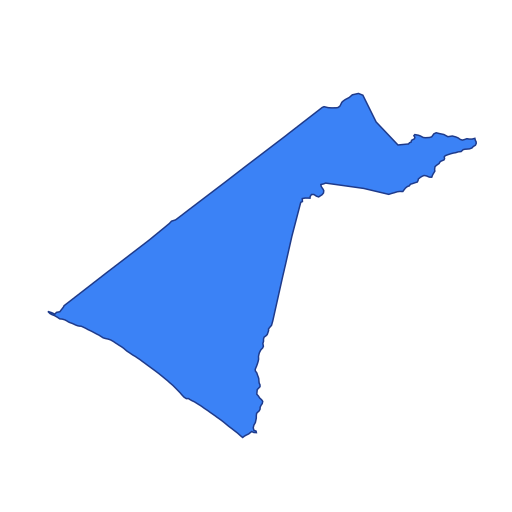 Mucuri, Bahia, Brazil, rotated 102°
{"feature_id": "56859067B76032182131071", "entity_name": "Mucuri", "entity_type": "district", "adm_level": 2, "iso_a3": "BRA", "parent_name": "Brazil", "parent_adm1": "Bahia", "projection": "equal_earth", "projection_center": [-39.837, -18.037], "detail": "fine", "context": "isolated", "style": "filled", "palette": "blue", "viewbox_px": 512, "rotation_deg": 102, "n_neighbors": 0, "source": "geoboundaries", "source_scale": "gbopen_adm2", "svg_char_len": 3840}
<svg xmlns="http://www.w3.org/2000/svg" viewBox="0 0 512 512"><g transform="rotate(102 256 256)"><path d="M95.4,66.4L96.7,68.9L97.3,71.8L97.4,74.1L98.8,76.4L99.7,78.2L99.5,80.5L98.5,82.7L98.0,85.2L97.8,88.9L99.4,93.1L98.1,97.5L98.1,102.2L98.0,105.4L99.5,107.4L102.9,108.9L104.0,110.9L105.1,114.9L105.3,117.1L104.4,120.2L104.1,122.3L104.2,125.9L105.5,126.6L106.8,125.3L108.4,125.4L110.5,127.9L112.4,128.0L113.3,129.4L114.7,130.1L116.8,136.8L117.9,140.2L99.9,166.4L76.5,184.9L75.7,189.6L78.3,195.3L81.5,197.7L84.5,201.3L86.5,203.1L87.8,204.0L91.8,205.0L93.7,206.6L94.4,208.4L95.4,212.9L95.9,216.2L95.8,220.5L96.9,222.1L130.0,250.1L131.5,251.3L132.8,252.4L167.2,282.0L170.8,285.1L190.0,301.4L224.1,330.8L235.7,340.7L237.4,342.2L239.5,345.9L242.2,347.5L262.6,363.8L279.8,378.5L303.2,398.5L344.5,433.4L345.9,433.7L351.3,436.3L352.6,439.4L354.7,440.7L353.9,444.1L353.5,448.0L355.1,445.6L355.8,443.3L356.2,440.7L357.3,437.3L358.3,434.9L358.0,432.4L358.2,429.7L358.8,427.6L359.5,425.7L359.9,423.8L360.1,422.0L360.5,420.1L361.0,418.1L361.3,416.0L361.3,414.2L361.0,412.4L361.5,410.1L362.1,407.6L362.9,405.1L363.4,402.9L363.9,400.8L364.7,398.1L365.5,395.4L366.0,393.3L366.9,390.9L367.8,388.6L368.0,386.3L368.0,383.4L368.3,380.8L369.3,377.6L370.4,375.0L371.0,373.3L371.7,371.6L372.6,369.0L373.7,366.4L375.0,364.1L375.9,362.4L376.8,360.0L377.8,357.6L378.6,355.6L379.3,353.3L380.5,350.4L381.5,347.8L382.4,346.0L383.2,344.2L383.9,342.6L384.7,340.9L385.6,338.9L386.4,337.1L387.4,334.9L388.3,332.9L389.1,331.1L390.1,329.0L391.2,326.6L392.4,324.3L393.2,322.7L394.3,320.6L395.3,318.7L396.3,316.7L397.8,314.2L398.9,312.1L399.9,310.3L402.6,306.2L404.2,303.8L405.7,301.6L406.9,300.1L407.9,298.7L409.0,297.1L410.0,294.5L409.5,292.4L410.2,290.6L410.9,288.3L411.4,286.0L412.4,283.3L413.1,281.4L413.7,279.6L414.5,277.6L415.7,275.0L416.6,272.7L417.3,270.9L418.5,268.3L419.4,266.1L420.1,264.5L420.8,262.8L421.8,260.7L422.7,258.5L424.0,255.6L425.1,253.3L426.1,251.4L427.0,249.7L428.1,247.6L429.1,245.5L430.1,243.3L431.1,241.3L432.0,239.4L433.0,237.3L434.1,235.4L435.3,233.3L436.3,231.3L434.6,229.9L433.2,228.3L431.5,226.1L430.0,224.9L428.6,223.7L429.1,221.4L428.7,218.9L427.3,219.5L426.9,221.8L424.6,223.0L421.8,222.9L420.3,222.4L419.0,222.0L417.1,222.0L414.5,222.0L412.1,222.5L409.8,222.7L408.2,221.7L406.8,220.7L405.0,220.2L403.0,220.5L400.9,220.0L399.1,219.2L396.8,219.2L395.4,220.7L394.2,222.8L392.4,224.6L391.0,226.5L388.5,226.8L386.4,227.0L385.1,226.2L383.0,224.9L381.2,225.3L379.6,226.5L377.8,227.1L375.4,227.8L374.1,228.5L372.6,229.5L370.2,230.9L368.6,232.7L367.1,233.2L365.3,232.9L363.9,232.6L361.0,232.2L358.5,232.0L356.4,232.0L353.7,232.7L351.7,232.7L350.1,232.6L348.7,232.3L346.7,231.7L344.6,230.4L342.8,230.0L340.1,231.1L337.9,230.9L335.6,231.4L333.7,231.2L331.8,229.5L330.5,228.7L328.3,228.4L326.3,228.2L324.8,228.6L322.9,227.7L320.6,226.4L315.9,226.1L276.6,225.7L268.4,225.6L264.5,225.5L262.4,225.5L259.0,225.4L229.0,225.0L194.2,223.4L193.1,221.9L190.2,222.7L189.1,220.0L188.5,217.1L188.2,215.2L186.5,215.4L184.3,214.5L183.8,212.1L184.9,209.4L185.2,207.0L183.5,205.3L182.3,204.1L180.3,203.1L178.0,203.3L176.8,204.2L175.6,205.5L174.4,206.7L172.6,207.4L171.3,204.7L170.2,203.1L167.5,164.7L168.1,139.0L166.4,136.0L165.3,133.8L163.8,131.2L163.0,128.9L162.4,125.8L160.4,124.9L158.4,123.9L156.5,122.3L155.5,120.6L153.7,119.9L152.6,117.9L151.1,115.4L150.1,113.6L148.6,113.2L146.9,113.2L144.9,111.6L143.5,110.1L142.3,108.4L142.2,106.0L142.8,102.9L142.4,100.5L139.9,100.1L137.5,99.3L135.8,98.7L134.2,99.3L131.5,99.5L130.0,98.5L128.8,97.4L127.4,96.1L126.1,95.8L124.8,94.8L122.9,92.1L121.5,91.8L120.0,92.5L118.5,91.7L116.9,89.2L115.4,86.6L114.2,84.2L113.4,82.1L112.1,79.9L111.2,77.1L108.9,75.5L108.1,73.8L107.6,72.0L106.8,69.4L105.4,67.2L103.8,66.3L102.0,64.4L100.1,64.0L98.6,64.4L97.1,65.6L95.4,66.4Z" fill="#3b82f6" stroke="#1e3a8a" stroke-width="1.5"/></g></svg>